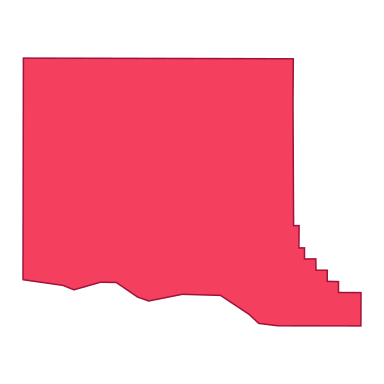 outline of Dodge, Nebraska, United States of America
{"feature_id": "52423323B41821983343245", "entity_name": "Dodge", "entity_type": "district", "adm_level": 2, "iso_a3": "USA", "parent_name": "United States of America", "parent_adm1": "Nebraska", "projection": "equal_earth", "projection_center": [-96.564, 41.568], "detail": "fine", "context": "isolated", "style": "filled", "palette": "rose", "viewbox_px": 384, "rotation_deg": 0, "n_neighbors": 0, "source": "geoboundaries", "source_scale": "gbopen_adm2", "svg_char_len": 495}
<svg xmlns="http://www.w3.org/2000/svg" viewBox="0 0 384 384"><path d="M23.1,279.7L63.0,285.4L73.9,289.8L100.6,282.2L116.3,282.5L137.5,297.0L148.7,301.0L182.3,294.3L220.5,295.4L249.4,314.6L258.7,323.4L277.9,325.8L360.9,325.9L361.0,292.6L338.5,292.5L338.5,281.6L327.2,281.3L327.3,270.2L316.0,270.2L315.8,258.9L304.5,259.0L304.5,247.9L298.9,247.9L299.1,225.6L293.6,225.6L293.0,103.3L293.3,58.8L228.4,58.6L23.4,58.1L23.0,277.4L23.1,279.7Z" fill="#f43f5e" stroke="#9f1239" stroke-width="1.5"/></svg>